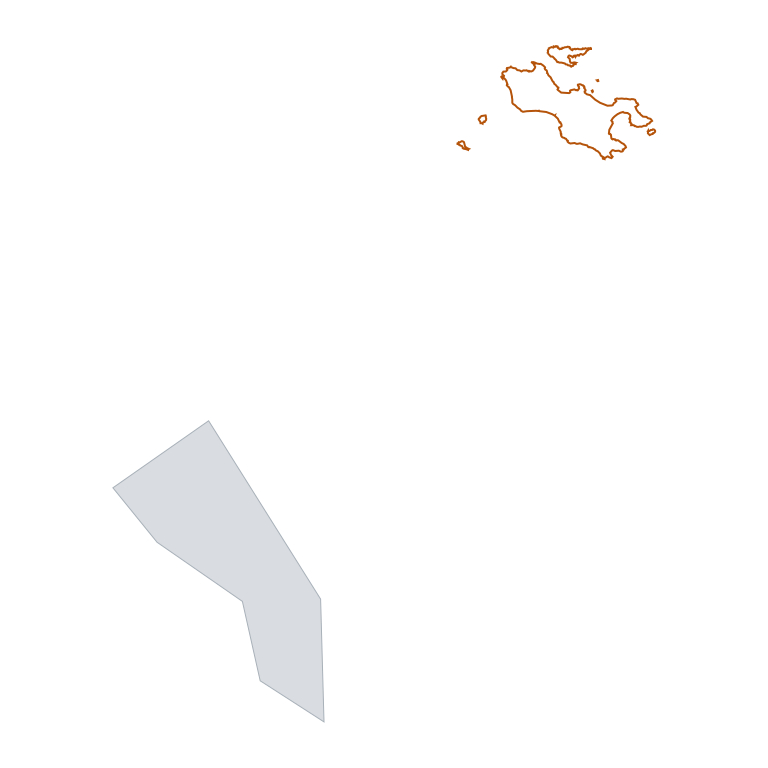 Praslin, Baie Sainte Anne, Seychelles (highlighted)
{"feature_id": "34574756B43978553392406", "entity_name": "Praslin", "entity_type": "district", "adm_level": 2, "iso_a3": "SYC", "parent_name": "Seychelles", "parent_adm1": "Baie Sainte Anne", "projection": "mercator", "projection_center": [55.728, -4.319], "detail": "fine", "context": "in_parent", "style": "outline", "palette": "amber", "viewbox_px": 768, "rotation_deg": 0, "n_neighbors": 0, "source": "geoboundaries", "source_scale": "gbopen_adm2", "svg_char_len": 6032}
<svg xmlns="http://www.w3.org/2000/svg" viewBox="0 0 768 768"><path d="M320.6,599.1L324.0,721.9L260.2,680.8L242.4,601.4L157.1,542.3L112.9,487.8L208.6,420.8L320.6,599.1Z" fill="#d9dde1" stroke="#a8b0b8" stroke-width="1"/><path d="M532.4,62.3L531.3,61.7L532.5,63.1L533.2,63.4L533.5,63.9L534.4,64.5L534.0,64.9L534.2,65.4L535.2,66.6L535.2,67.0L534.9,68.0L533.0,70.6L531.5,71.4L530.6,71.4L529.7,71.0L529.2,71.5L528.7,71.1L528.5,71.4L526.6,70.3L526.1,70.5L523.4,70.4L521.4,71.5L519.6,70.4L517.3,70.1L515.6,68.3L513.5,68.1L511.0,67.1L510.8,66.7L509.8,67.6L507.0,68.0L506.7,68.9L507.4,69.8L506.8,70.6L505.8,71.5L503.4,71.6L502.3,73.1L502.5,74.5L504.0,75.8L503.9,76.2L502.7,77.5L501.6,76.5L501.3,76.7L501.4,77.2L502.6,78.7L502.8,77.6L503.7,77.8L505.5,79.6L506.3,81.0L507.4,84.2L507.0,84.3L506.8,85.3L508.1,86.7L508.8,87.0L510.6,90.2L512.0,96.7L511.9,97.0L512.3,99.5L512.3,102.8L513.0,103.9L515.2,105.3L517.4,107.6L520.0,109.3L521.2,110.9L523.0,111.8L526.8,111.2L535.7,110.8L538.6,111.0L539.0,110.7L539.5,111.2L546.3,112.0L552.2,114.2L554.6,115.6L554.9,115.4L554.8,115.7L555.2,116.2L557.8,118.6L559.6,122.4L560.3,122.2L560.5,122.4L560.5,123.0L561.2,123.9L561.6,125.1L561.4,126.3L559.1,127.5L559.2,128.7L560.7,131.7L560.7,132.6L561.3,133.9L561.3,134.3L560.9,134.2L561.2,135.8L561.9,136.9L562.8,137.5L564.5,138.0L565.0,138.5L566.0,138.8L567.0,140.3L567.6,140.6L567.4,140.9L567.8,141.3L567.7,141.8L568.6,142.7L570.4,143.5L574.6,143.0L576.5,143.8L577.6,143.8L580.1,143.3L582.7,144.4L587.2,145.4L588.3,147.1L589.1,147.3L589.5,147.0L593.3,148.3L593.6,148.8L595.2,149.5L595.4,150.0L596.4,150.7L597.7,151.2L599.9,153.4L600.8,155.6L603.3,157.1L602.7,157.7L602.9,158.7L604.5,159.1L604.4,158.4L607.5,156.4L608.3,156.6L609.1,157.3L611.5,158.1L612.1,157.4L611.9,156.9L612.5,156.6L611.0,154.9L610.1,152.7L612.0,150.5L612.9,150.1L615.2,151.0L618.8,150.7L620.7,151.6L621.7,151.6L622.6,151.3L622.9,150.9L622.8,149.5L623.9,149.4L624.0,148.9L626.0,147.4L625.5,146.0L623.7,144.0L621.7,143.0L618.3,140.4L617.7,140.2L616.5,140.4L616.1,140.1L615.9,140.4L615.1,139.9L615.1,139.4L613.2,139.0L612.7,139.4L611.9,139.0L611.4,138.3L610.9,134.7L610.1,133.9L609.3,134.1L608.9,133.6L609.3,129.8L612.8,123.4L612.4,122.7L612.6,122.0L611.3,120.6L612.8,118.2L614.6,116.4L618.0,113.8L617.9,114.0L620.2,112.8L623.0,112.0L623.2,112.3L624.6,112.8L627.6,113.0L629.7,114.5L630.3,115.5L630.2,117.1L629.9,117.2L629.4,118.5L629.8,118.7L629.7,119.2L630.1,119.3L630.3,120.0L629.9,121.0L630.4,122.0L629.9,122.3L631.3,123.6L631.1,124.1L631.5,124.8L631.3,125.2L631.6,125.2L632.0,124.7L632.3,125.1L633.7,125.2L634.5,126.0L634.8,125.8L636.8,126.8L638.3,126.9L640.1,126.5L641.1,126.8L643.2,126.2L643.4,126.6L643.4,126.0L643.8,125.8L646.0,125.8L646.7,125.4L647.1,124.2L649.6,123.3L649.8,122.5L652.1,120.9L651.1,119.4L650.1,118.7L647.9,118.2L646.5,116.9L643.0,116.6L640.3,114.3L639.8,113.2L638.6,112.7L636.5,109.7L635.4,106.9L636.4,106.5L638.3,104.8L637.6,103.3L636.6,103.2L635.1,99.8L633.3,99.2L631.2,99.1L630.3,99.5L626.1,98.7L624.6,98.9L621.9,98.5L618.2,98.8L617.0,98.4L615.1,99.4L615.1,99.9L616.3,101.1L615.1,102.5L614.0,103.0L612.7,105.2L611.6,105.5L607.4,105.7L600.1,102.8L595.2,99.7L590.1,95.1L587.1,94.4L584.8,92.7L584.6,91.4L585.4,90.9L585.6,90.4L585.4,89.7L584.2,88.1L584.1,87.6L584.5,87.2L584.1,86.2L583.2,85.8L582.9,85.3L582.5,85.4L581.4,84.7L579.9,84.2L577.9,84.7L577.9,85.5L579.0,86.9L578.8,88.0L579.1,88.5L577.8,90.3L577.3,90.4L576.8,90.0L576.0,90.2L574.3,89.4L570.5,90.3L570.0,90.8L570.3,92.3L569.1,93.1L561.2,92.6L557.8,89.9L557.5,89.5L558.5,87.8L558.4,87.5L557.7,87.3L555.4,84.6L554.4,84.0L553.5,81.9L553.1,81.8L552.3,80.7L550.6,77.3L548.5,75.4L547.6,73.4L547.0,73.0L547.2,72.3L546.7,70.5L545.2,69.5L544.7,68.5L545.1,67.5L544.9,67.1L543.1,65.4L540.7,63.8L539.7,64.0L537.1,63.6L534.7,62.5L533.4,62.1L532.4,62.3ZM556.0,46.1L555.8,46.6L555.2,46.8L553.8,46.4L553.8,47.2L553.4,47.6L551.6,47.1L548.8,48.3L548.8,49.0L547.8,50.3L548.1,51.4L547.7,52.6L548.0,52.7L548.3,53.8L550.7,56.5L552.6,56.6L554.4,58.4L554.6,58.9L555.2,59.2L556.1,60.2L557.3,62.1L558.3,62.0L559.2,62.6L561.5,62.6L564.6,63.4L565.1,63.6L565.6,64.3L567.4,64.6L568.0,65.3L570.1,65.5L570.4,66.2L571.2,66.7L571.6,66.4L571.3,66.1L571.9,66.2L573.1,65.8L573.3,64.8L574.0,64.0L574.4,63.9L574.7,64.2L574.9,64.0L575.7,64.1L575.8,63.1L575.4,62.9L575.8,62.7L574.7,62.4L574.1,62.9L573.4,62.5L572.5,62.9L570.6,62.7L570.0,61.5L569.7,58.9L568.0,57.2L568.6,55.9L569.2,55.5L569.8,55.6L571.9,56.5L572.4,57.2L574.0,55.7L574.5,55.7L574.5,56.0L574.9,55.6L575.5,55.6L575.7,56.4L575.9,56.0L577.7,55.0L578.3,55.6L579.1,55.6L579.3,54.9L580.6,54.0L581.7,54.2L582.6,54.8L583.2,54.7L585.7,52.7L586.4,51.1L587.2,50.8L588.9,49.3L589.8,49.0L591.0,49.0L591.0,48.3L590.3,48.0L589.6,48.6L588.5,48.2L586.7,48.7L585.3,48.2L584.5,48.8L582.7,48.4L582.3,48.8L582.4,49.2L581.8,49.3L578.8,49.2L577.8,48.7L575.5,49.3L574.9,48.8L573.6,49.3L573.0,49.1L572.3,50.2L571.4,49.8L570.4,48.6L569.7,48.4L569.7,47.9L570.0,47.8L569.5,47.0L567.5,46.7L566.9,47.1L564.7,47.3L562.7,48.2L562.4,48.0L562.2,48.5L561.7,48.5L561.3,49.0L560.8,49.0L560.0,48.6L559.6,49.1L557.9,47.9L557.5,47.3L557.9,47.0L557.6,46.4L556.0,46.1ZM485.6,115.4L481.6,116.0L480.4,116.8L480.1,117.6L478.8,118.7L478.7,119.5L480.3,121.8L480.5,123.2L481.7,123.2L482.6,123.7L482.7,122.9L483.2,122.3L484.5,122.0L484.4,121.5L484.8,121.5L486.1,120.0L486.2,118.6L485.8,117.5L485.9,116.3L485.6,115.4ZM464.0,142.2L462.7,141.3L461.7,141.2L459.5,142.5L458.8,142.2L458.1,143.2L457.5,143.4L457.5,144.0L458.6,144.2L458.8,144.7L459.9,145.0L460.2,145.5L461.9,146.0L462.9,147.7L462.8,148.2L463.7,148.7L466.3,149.2L468.1,149.9L468.2,149.3L468.9,148.9L467.2,148.2L466.1,147.3L465.3,147.4L464.0,142.2ZM654.3,129.7L653.0,129.3L652.3,129.9L650.8,130.0L649.4,131.0L648.4,130.9L648.3,130.6L648.1,131.1L647.7,131.4L648.0,132.0L647.9,133.3L649.7,135.1L651.5,134.2L652.7,134.0L652.9,133.2L654.2,132.8L655.1,131.8L655.1,130.7L654.3,129.7ZM592.4,92.1L592.9,91.7L592.8,91.0L592.5,90.4L591.8,90.8L592.4,92.1ZM598.0,80.0L597.2,80.2L597.5,80.4L597.5,81.1L597.8,81.2L598.3,81.0L598.0,80.0Z" fill="none" stroke="#b45309" stroke-width="2"/></svg>